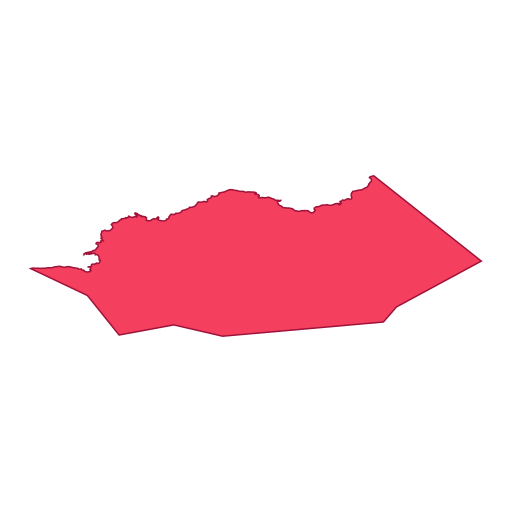 outline of Sveitarfélagið Vogar, Suðurnes, Iceland
{"feature_id": "244011B53257850023541", "entity_name": "Sveitarfélagið Vogar", "entity_type": "district", "adm_level": 2, "iso_a3": "ISL", "parent_name": "Iceland", "parent_adm1": "Suðurnes", "projection": "natural_earth1", "projection_center": [-22.291, 63.982], "detail": "fine", "context": "isolated", "style": "filled", "palette": "rose", "viewbox_px": 512, "rotation_deg": 0, "n_neighbors": 0, "source": "geoboundaries", "source_scale": "gbopen_adm2", "svg_char_len": 5900}
<svg xmlns="http://www.w3.org/2000/svg" viewBox="0 0 512 512"><path d="M373.8,175.8L370.2,176.7L369.7,177.1L369.4,177.7L370.8,178.5L371.1,178.8L371.4,180.4L371.4,180.8L371.3,181.3L370.4,182.2L370.0,182.4L369.4,183.6L368.6,184.1L368.7,184.7L368.7,185.1L367.0,187.1L366.3,187.6L364.6,188.2L362.7,189.4L360.3,190.1L358.7,190.1L354.5,191.2L353.0,191.3L352.7,191.5L352.5,192.1L352.2,192.3L351.3,193.6L351.4,194.8L351.1,195.6L351.2,195.9L351.4,196.4L351.4,196.8L351.8,197.3L351.9,197.9L351.7,198.1L351.4,198.8L351.0,199.1L349.9,199.3L349.3,199.3L348.8,198.8L348.1,198.7L346.1,199.3L345.5,199.9L345.0,200.1L344.0,200.3L342.5,200.0L341.8,200.8L341.2,201.2L340.2,201.3L340.0,201.5L340.5,201.8L340.3,202.3L340.7,202.6L340.8,203.0L341.1,203.5L340.0,203.6L339.5,203.7L339.6,204.0L340.1,204.1L340.3,204.3L340.3,204.5L339.3,204.8L338.9,204.7L338.4,204.4L338.3,203.8L338.2,203.5L337.0,203.5L334.8,203.9L333.1,204.7L331.5,205.2L329.5,205.4L328.5,205.0L327.2,204.7L325.6,205.0L321.9,205.1L321.4,205.3L319.7,206.3L319.1,206.5L316.2,206.8L314.6,207.8L314.2,208.4L314.2,209.2L314.6,209.8L315.1,210.1L315.2,210.7L314.1,211.5L313.4,212.5L312.5,212.7L311.4,212.8L310.2,212.4L309.0,211.6L308.7,211.1L307.9,210.7L304.3,210.6L302.3,210.7L301.5,210.6L300.9,210.9L299.2,211.3L298.3,211.3L297.0,210.9L296.0,210.9L294.4,210.4L292.7,208.9L291.7,208.5L290.8,208.5L289.3,208.0L287.5,208.1L285.9,207.8L284.1,207.8L283.1,207.6L282.6,207.3L281.8,206.3L280.0,205.6L279.0,205.0L278.6,204.6L278.5,204.0L277.9,203.3L277.5,202.2L277.4,202.0L277.7,201.6L278.5,201.1L278.8,200.8L278.7,200.7L278.1,200.2L275.7,200.4L274.1,199.2L271.9,198.6L270.0,197.6L267.8,197.2L266.3,197.7L264.9,197.8L262.3,197.5L261.6,197.5L259.9,198.0L259.1,197.9L258.7,197.7L258.3,197.0L259.1,196.4L259.3,196.1L259.2,195.4L258.2,194.6L257.6,194.4L255.0,194.1L254.9,193.7L255.0,193.5L256.1,193.3L256.2,193.1L256.2,192.9L255.3,192.7L255.1,192.5L255.0,192.3L254.9,192.2L249.0,191.9L247.7,191.9L246.3,192.2L245.6,192.2L243.3,191.4L239.4,191.3L236.8,190.5L235.2,190.4L232.5,189.8L230.5,189.6L228.8,189.9L224.4,191.9L219.0,193.0L218.8,193.2L219.1,194.0L218.7,194.7L218.1,195.0L216.7,196.1L214.8,196.5L213.7,196.4L212.5,195.8L211.4,196.0L211.5,196.5L211.3,197.0L210.6,198.1L208.5,198.7L208.1,199.1L207.3,199.6L207.2,199.7L207.6,200.7L207.6,200.9L207.2,201.5L206.7,201.8L205.8,201.9L204.7,201.4L204.2,201.4L203.6,201.5L202.6,201.9L201.4,202.2L199.0,202.0L198.1,202.1L197.4,202.9L197.1,203.7L195.7,205.3L195.0,206.0L194.1,206.5L192.5,207.1L190.8,207.4L189.8,207.2L189.5,207.3L188.4,208.6L187.4,209.0L185.3,209.6L185.0,210.0L184.6,210.1L182.8,210.3L182.2,210.5L181.9,210.7L181.8,210.9L181.8,211.3L181.7,211.6L179.7,212.9L177.9,213.3L176.0,213.3L175.5,213.4L174.8,214.3L174.1,214.6L172.2,214.3L170.9,214.3L170.6,214.8L169.6,215.8L169.6,216.1L169.4,216.5L168.9,216.9L168.9,217.5L168.7,218.4L167.8,218.9L166.5,219.1L166.5,219.8L166.3,220.1L166.0,220.3L164.8,220.8L163.3,221.0L162.1,220.9L159.3,220.3L158.6,220.0L158.0,219.4L157.9,219.1L158.1,218.7L158.6,218.5L158.5,218.0L158.7,217.5L158.4,217.3L158.3,217.0L158.0,216.9L156.9,217.9L157.4,218.4L157.2,218.6L156.7,218.8L155.0,219.0L153.5,218.7L151.6,219.7L151.4,220.1L150.9,220.4L149.4,220.8L147.2,220.6L146.6,220.5L146.3,220.0L146.5,219.5L146.4,218.8L146.3,218.2L146.5,217.8L146.5,217.6L145.8,217.4L145.2,217.1L145.1,216.7L144.2,216.6L143.4,216.4L142.7,216.7L141.8,216.6L141.0,216.2L141.4,215.8L141.2,215.7L140.7,215.7L138.0,214.4L137.5,214.1L137.4,213.7L137.0,213.5L136.1,213.2L135.5,212.9L135.1,213.0L135.0,213.4L136.5,213.8L135.5,214.0L136.1,214.4L137.0,214.2L137.2,214.4L137.3,215.0L136.4,215.1L136.9,215.4L136.9,215.5L136.6,216.0L136.6,216.3L137.1,216.6L137.1,216.8L136.9,216.9L135.7,216.5L135.0,216.5L134.1,216.8L133.4,217.3L132.0,217.3L130.3,217.0L128.8,216.1L128.5,216.2L128.4,217.3L128.2,217.4L126.9,217.8L125.8,217.7L125.8,217.8L126.1,217.9L126.1,218.1L124.0,218.4L123.8,218.7L121.4,218.8L121.1,219.6L119.3,220.5L118.5,221.6L117.6,222.2L115.6,222.7L113.7,222.6L113.0,222.9L112.3,223.4L111.3,224.6L111.9,225.2L112.5,226.4L112.7,227.4L112.6,228.1L111.9,228.9L111.4,229.2L111.0,229.8L110.4,230.3L110.0,230.6L108.7,230.6L107.1,231.0L106.2,230.8L104.9,230.2L104.5,230.2L103.6,230.8L101.8,231.3L101.7,232.2L101.7,232.6L101.2,233.5L100.9,234.8L101.4,235.6L101.2,236.7L102.0,237.4L101.8,238.0L101.0,238.4L101.0,238.6L101.7,238.8L102.4,239.8L102.7,240.0L103.1,240.7L102.4,240.5L100.7,241.0L100.9,241.7L100.9,242.3L100.8,242.5L99.5,242.6L98.8,242.4L97.2,242.4L96.6,242.8L96.1,243.3L96.0,243.7L97.4,244.3L98.0,244.7L98.0,245.2L98.4,246.0L98.3,246.4L96.9,247.9L96.3,248.9L95.1,250.0L94.4,250.4L93.0,250.6L91.8,251.6L85.7,252.8L83.9,254.1L84.0,254.6L84.3,254.1L85.0,253.6L85.6,253.7L86.5,254.3L86.7,254.2L85.6,253.5L86.2,253.2L86.4,252.9L91.0,252.1L91.2,252.4L91.1,252.6L90.0,253.0L90.4,253.8L89.0,254.1L88.1,253.8L87.9,253.9L88.9,254.3L94.7,253.2L95.4,253.9L95.5,254.5L95.3,254.7L95.3,254.8L96.3,254.6L97.5,254.9L98.3,255.6L99.1,256.9L99.0,257.8L99.2,258.4L99.1,259.0L99.2,259.5L99.1,259.9L100.0,260.0L100.3,260.2L100.2,261.2L99.9,261.8L98.9,263.2L97.0,263.5L96.7,263.1L96.2,263.1L95.7,263.8L94.9,264.1L93.0,264.1L92.8,264.2L91.8,264.3L91.5,264.6L91.5,266.1L91.3,266.3L90.0,266.7L87.5,267.0L90.3,267.1L90.7,267.4L90.8,267.9L90.7,268.4L89.9,269.4L90.1,270.1L90.5,270.1L91.0,270.6L90.4,271.3L90.0,271.6L87.5,272.0L86.0,271.8L84.6,271.3L84.5,271.0L84.2,270.9L84.0,270.5L83.3,270.1L82.7,270.1L81.9,269.8L81.6,269.5L81.2,268.9L80.1,269.2L78.8,269.1L78.5,269.0L78.2,268.7L78.0,268.4L73.4,267.7L68.9,266.6L66.8,266.7L64.7,267.3L62.8,267.1L61.1,266.5L59.2,266.3L53.9,267.0L51.5,267.9L48.5,267.7L44.5,268.3L43.6,268.3L43.0,268.2L40.6,268.4L37.5,268.2L34.9,268.2L34.1,268.1L33.2,268.1L32.1,268.2L30.7,268.6L87.4,295.5L119.1,335.0L173.7,324.9L222.6,336.2L383.4,322.0L396.5,306.9L481.3,261.1L373.8,175.8ZM280.0,201.2L280.7,200.6L280.8,200.4L279.9,200.4L278.9,201.0L279.1,201.2L280.0,201.2Z" fill="#f43f5e" stroke="#9f1239" stroke-width="1.5"/></svg>